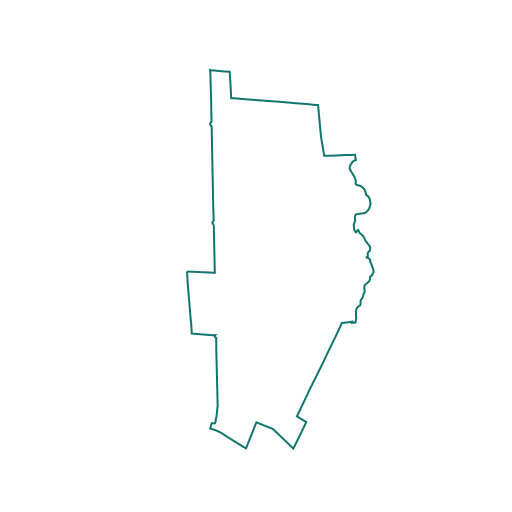 Berceni, Ilfov, Romania (Natural Earth projection), rotated 233°
{"feature_id": "2599482B94303323643725", "entity_name": "Berceni", "entity_type": "district", "adm_level": 2, "iso_a3": "ROU", "parent_name": "Romania", "parent_adm1": "Ilfov", "projection": "natural_earth1", "projection_center": [26.206, 44.313], "detail": "fine", "context": "isolated", "style": "outline", "palette": "teal", "viewbox_px": 512, "rotation_deg": 233, "n_neighbors": 0, "source": "geoboundaries", "source_scale": "gbopen_adm2", "svg_char_len": 3594}
<svg xmlns="http://www.w3.org/2000/svg" viewBox="0 0 512 512"><g transform="rotate(233 256 256)"><path d="M339.2,396.4L341.2,394.0L342.7,392.3L343.3,391.7L345.5,389.4L346.9,387.9L348.9,385.6L351.4,382.8L352.2,381.9L353.0,380.8L353.9,379.9L354.6,379.1L355.7,377.9L357.3,376.2L360.3,372.8L363.3,369.5L364.9,367.7L367.7,364.5L369.4,362.6L371.0,360.7L372.8,358.7L374.7,356.4L375.8,355.3L376.5,354.4L378.9,351.6L379.7,350.8L379.9,350.7L380.1,350.4L380.7,349.7L382.6,347.6L384.5,345.3L386.5,343.1L387.9,341.5L390.9,338.1L393.9,334.9L396.2,332.2L397.0,331.2L406.6,337.7L419.0,345.9L421.4,343.0L423.1,341.0L423.3,340.8L427.8,335.8L428.9,334.8L429.0,334.8L429.1,334.7L430.6,332.5L431.2,331.8L432.2,331.4L432.3,331.3L431.4,330.8L431.2,330.7L429.6,329.7L426.1,327.2L418.6,321.8L417.4,321.0L415.1,319.3L412.8,317.7L412.7,317.6L411.9,317.1L408.8,314.9L397.8,306.9L397.3,306.5L392.3,303.0L390.2,301.4L389.9,300.8L389.7,299.7L389.4,299.1L388.6,298.6L387.1,298.4L386.2,298.5L385.3,298.0L384.2,297.2L370.5,287.2L336.7,262.8L319.6,250.4L309.8,243.6L309.5,243.2L309.4,242.1L309.3,241.7L308.9,241.3L308.1,240.9L307.8,241.0L307.3,241.0L306.2,240.7L305.6,240.5L267.4,213.0L284.1,192.8L284.6,191.8L284.5,191.2L275.3,185.0L264.5,178.2L253.8,171.5L243.5,164.9L243.2,165.0L232.7,158.0L225.7,165.9L223.9,167.9L218.8,173.7L217.3,175.8L217.2,175.2L217.0,174.9L216.5,174.7L215.8,174.5L215.3,174.6L214.9,174.7L214.6,175.0L203.4,166.7L159.0,134.9L158.3,134.1L151.5,127.8L151.2,127.3L150.9,127.0L148.9,124.6L148.2,124.4L147.1,122.4L149.1,120.1L145.8,115.6L141.3,118.8L136.8,121.3L131.7,123.2L127.9,124.6L124.5,125.9L119.0,128.0L115.1,129.5L114.0,130.0L112.2,130.6L110.7,131.2L108.4,132.3L122.9,156.2L112.5,162.5L107.7,165.4L93.7,167.7L79.7,169.9L86.2,182.8L93.1,196.2L103.3,192.2L108.8,202.7L114.0,212.8L117.3,218.9L119.8,224.0L126.0,236.5L130.4,245.0L136.1,256.0L143.7,270.9L150.8,284.3L146.6,291.4L145.7,293.5L145.2,293.1L144.8,292.5L143.0,295.4L145.4,298.0L146.2,298.8L147.8,299.7L151.5,302.4L153.3,304.4L154.0,306.2L154.1,307.5L154.0,308.2L153.9,309.4L154.4,310.2L155.9,311.6L157.6,312.8L157.9,313.8L158.2,315.0L158.8,316.5L159.3,317.2L160.2,318.1L160.9,318.9L161.3,319.7L161.4,320.3L161.6,320.9L162.0,321.2L163.3,322.1L165.3,323.3L166.1,323.8L166.6,324.4L166.9,324.9L167.1,325.0L167.2,325.4L167.4,326.4L167.5,328.0L167.6,330.0L167.7,331.0L168.0,331.7L168.4,332.4L168.7,332.9L169.4,333.5L170.1,334.0L170.8,334.7L170.6,336.0L170.6,336.4L171.1,337.1L171.6,338.5L172.1,339.7L173.1,340.7L174.9,341.7L176.5,342.2L179.5,343.1L180.9,343.4L182.1,343.7L183.0,343.8L183.5,344.4L183.8,344.6L185.3,345.0L187.7,344.1L188.0,343.5L188.4,343.7L188.0,344.2L187.9,344.6L191.0,346.9L191.6,348.6L191.7,349.8L193.0,351.5L194.4,352.5L194.8,352.7L202.2,352.6L204.5,353.1L207.5,353.6L209.0,353.2L209.6,353.2L210.8,353.0L211.8,352.6L215.0,353.3L215.3,353.3L214.8,350.0L217.6,350.2L217.7,350.4L218.9,350.9L222.1,352.8L223.8,355.3L224.1,355.8L224.9,356.6L228.6,359.4L229.1,361.0L226.7,365.5L224.8,368.6L224.7,370.4L225.1,373.3L225.3,373.7L226.1,375.5L226.8,376.3L227.2,376.9L227.6,377.4L228.2,378.4L228.6,378.7L229.2,379.1L230.3,379.8L231.5,380.3L232.8,381.0L233.3,381.2L233.6,381.2L235.1,381.3L235.6,381.4L235.8,381.5L236.1,381.5L236.4,381.5L236.8,381.4L237.0,381.3L237.4,381.0L238.4,380.6L238.7,380.8L240.0,381.5L242.2,382.2L244.6,382.7L248.8,381.8L251.9,379.4L253.1,378.8L253.8,379.0L254.7,380.0L257.1,381.5L260.5,382.3L268.2,383.0L269.4,383.5L270.8,384.6L271.8,386.2L273.1,389.7L273.1,391.9L272.5,393.5L277.4,396.0L280.0,392.0L283.3,387.5L288.8,379.3L295.0,370.8L312.3,379.8L339.2,396.4Z" fill="none" stroke="#0f766e" stroke-width="2"/></g></svg>